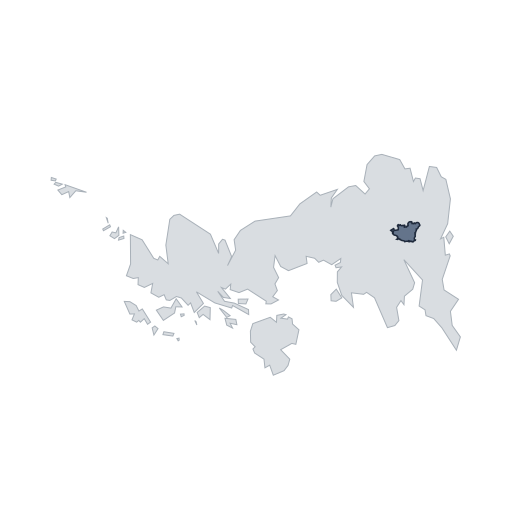 United Kingdom, with Oxfordshire highlighted, rotated 277°
{"feature_id": "GBR-2751", "entity_name": "Oxfordshire", "entity_type": "Administrative County", "adm_level": 1, "iso_a3": "GBR", "parent_name": "United Kingdom", "parent_adm1": "", "projection": "albers", "projection_center": [-1.264, 51.807], "detail": "fine", "context": "in_parent", "style": "filled", "palette": "slate", "viewbox_px": 512, "rotation_deg": 277, "n_neighbors": 0, "source": "natural_earth", "source_scale": "10m", "svg_char_len": 5564}
<svg xmlns="http://www.w3.org/2000/svg" viewBox="0 0 512 512"><g transform="rotate(277 256 256)"><path d="M270.4,403.2L248.8,416.7L242.1,415.6L234.2,408.2L225.7,408.8L229.4,405.3L222.2,401.8L209.3,405.7L203.9,402.3L200.9,395.2L229.0,378.7L233.4,370.2L231.1,367.5L231.1,355.2L216.9,359.0L227.4,345.9L239.7,339.9L250.2,338.7L255.6,342.3L254.1,336.9L256.5,335.6L259.9,340.6L263.9,340.5L256.6,332.2L260.1,323.5L257.4,319.0L260.9,314.5L261.8,305.8L254.8,307.6L245.4,290.0L248.6,281.8L258.7,274.9L246.9,274.8L237.3,281.1L230.6,278.2L224.3,281.4L217.6,277.6L215.1,283.7L210.3,276.8L209.7,271.6L212.4,271.7L222.1,251.7L217.6,243.6L219.5,234.5L225.0,234.4L219.4,229.7L220.5,225.5L210.7,235.7L210.9,228.7L216.3,222.3L207.2,230.3L206.6,240.2L201.9,255.1L197.0,255.9L204.0,238.8L201.4,238.2L204.4,220.9L213.2,201.2L202.5,209.6L192.4,201.6L201.5,196.8L198.8,194.6L205.2,187.1L206.1,182.0L201.4,175.9L201.5,172.3L206.4,169.5L203.2,164.5L206.6,156.2L216.2,156.8L211.2,149.0L213.2,142.4L220.2,141.8L218.7,136.9L220.6,129.8L232.8,132.5L261.9,128.7L258.2,141.0L241.2,154.8L240.1,159.0L243.9,160.5L237.6,169.8L255.8,165.2L281.9,166.0L286.3,169.6L288.2,175.1L272.1,208.1L254.0,218.6L263.4,217.5L268.5,220.7L268.0,223.3L252.4,231.9L243.0,228.9L259.3,235.1L269.5,232.3L279.5,237.4L290.5,250.8L300.0,285.3L313.1,293.2L326.9,308.4L324.1,312.3L332.0,328.6L322.8,323.7L313.6,324.3L322.2,325.4L335.9,339.4L338.1,346.4L330.8,356.7L336.5,360.4L343.1,354.0L360.3,355.1L369.8,361.6L372.2,368.5L369.2,386.9L360.6,393.2L361.9,398.2L349.1,403.2L352.8,404.7L352.7,409.4L341.3,413.9L366.0,417.2L365.9,424.5L357.2,430.2L355.2,435.1L336.4,442.0L311.4,442.3L295.5,437.1L297.5,440.1L279.9,443.8L281.6,447.7L279.8,448.7L255.5,443.7L245.2,446.8L237.7,462.3L224.8,455.7L211.0,459.2L200.6,468.7L186.9,466.4L207.3,449.3L215.6,440.0L217.5,432.0L223.2,430.3L226.2,424.0L252.5,424.2L270.4,403.2ZM188.0,307.6L173.2,306.3L173.6,302.2L166.0,291.9L157.7,302.1L151.2,301.1L145.6,297.8L139.8,287.7L149.3,282.9L146.1,278.5L154.6,276.5L159.5,266.5L163.3,264.3L165.8,266.2L169.8,261.2L180.7,259.6L188.5,261.1L196.9,277.6L192.7,284.4L199.6,283.9L201.8,290.6L201.4,292.9L197.3,288.3L197.2,295.0L199.5,295.6L198.1,299.4L192.9,300.6L188.0,307.6ZM195.3,136.4L192.2,143.1L187.1,146.5L189.6,149.6L177.5,159.4L175.0,156.7L180.2,152.7L176.2,149.3L177.8,147.5L175.8,145.6L177.5,140.7L183.7,142.4L183.0,137.9L194.9,130.8L195.3,136.4ZM194.2,170.4L193.9,177.9L203.8,182.0L196.4,188.8L195.8,182.6L189.5,182.1L180.8,171.9L190.1,163.7L194.2,170.4ZM297.3,51.3L301.4,58.8L303.5,57.8L298.6,80.0L298.8,69.2L291.3,64.1L297.1,62.2L293.2,55.8L297.3,51.3ZM199.2,216.9L187.2,218.1L191.6,210.6L187.9,207.2L192.8,204.5L200.0,211.1L199.2,216.9ZM226.8,335.0L232.9,339.7L224.9,346.3L220.8,341.0L220.7,336.0L226.8,335.0ZM190.4,232.8L190.6,243.7L185.5,245.4L186.1,238.5L181.6,241.5L183.8,235.4L190.4,232.8ZM262.3,110.3L261.9,114.1L268.2,116.1L259.8,117.4L256.0,113.4L258.3,108.5L262.3,110.3ZM212.3,253.3L207.2,251.8L206.7,244.3L211.0,243.6L212.3,253.3ZM304.3,445.3L299.6,449.4L291.7,446.3L298.1,442.0L304.3,445.3ZM193.6,237.6L191.5,234.4L199.9,225.9L198.0,230.3L193.6,237.6ZM172.0,161.7L174.2,164.1L172.0,167.6L165.1,164.3L172.0,161.7ZM169.2,184.0L166.4,183.2L166.6,173.2L169.6,173.8L169.2,184.0ZM303.7,55.0L301.3,51.5L302.7,46.9L304.7,48.3L303.7,55.0ZM269.1,107.0L267.3,108.0L262.5,101.5L264.1,100.6L269.1,107.0ZM259.7,122.3L257.3,122.8L255.0,117.6L257.6,117.9L259.7,122.3ZM309.0,43.3L308.0,48.3L306.1,47.8L306.2,43.4L309.0,43.3ZM275.3,103.8L270.5,105.3L275.8,102.8L275.3,103.8ZM189.8,191.6L188.3,191.9L186.6,189.2L189.1,188.1L189.8,191.6ZM265.3,121.1L263.6,123.9L262.4,121.3L265.3,121.1ZM183.4,204.6L180.3,205.7L184.5,203.1L183.4,204.6ZM165.1,189.6L163.1,190.0L162.3,189.1L164.4,187.5L165.1,189.6Z" fill="#d9dde1" stroke="#a8b0b8" stroke-width="1"/><path d="M289.8,406.1L289.9,405.8L289.8,405.6L289.1,404.8L289.0,403.8L288.7,402.5L288.3,402.0L289.1,401.1L289.2,398.8L289.6,397.7L290.1,397.3L289.9,396.6L290.7,395.8L290.7,395.5L290.6,395.3L289.7,394.7L289.8,393.7L291.0,394.9L291.4,394.4L292.3,394.3L292.4,393.7L293.1,393.5L293.3,393.1L293.6,391.5L293.6,390.6L294.1,390.0L294.3,389.5L295.0,389.5L295.1,389.4L295.1,388.8L295.3,388.7L295.8,388.8L296.5,389.4L297.0,389.3L297.2,388.9L296.6,388.4L297.4,387.7L297.6,387.0L297.9,386.6L300.0,389.2L299.8,389.5L299.1,389.6L298.3,390.0L298.6,390.2L298.5,391.5L298.7,391.9L299.3,393.9L299.5,394.0L300.0,393.9L301.3,393.9L301.8,393.6L302.4,393.5L302.9,392.8L303.1,392.7L304.4,393.2L304.5,393.4L303.9,394.3L303.8,395.0L304.0,395.3L304.6,395.3L304.6,395.5L303.9,396.3L303.8,397.2L303.9,397.5L304.3,397.9L304.3,398.6L304.6,399.3L304.7,399.7L304.1,400.1L303.0,399.5L302.7,399.7L302.7,400.0L303.0,400.5L303.1,401.9L303.9,402.1L304.2,403.0L304.8,403.3L305.4,402.9L306.1,403.1L306.7,402.8L308.0,403.4L308.7,404.4L308.9,405.0L308.7,405.6L309.0,406.3L308.9,406.4L308.0,406.2L307.8,406.3L307.7,407.1L307.3,407.2L307.6,407.6L307.2,408.3L307.5,409.0L307.9,408.9L308.1,409.1L308.0,409.4L307.6,409.8L307.5,410.2L308.7,411.1L308.8,411.9L308.9,412.3L309.0,412.5L308.8,413.1L308.7,413.3L308.2,413.9L307.6,414.2L306.8,414.8L306.2,414.9L305.8,414.6L304.8,413.7L304.4,413.5L303.9,413.5L303.3,413.2L302.8,412.9L302.4,412.4L302.2,411.8L301.3,412.1L300.8,412.0L300.2,411.7L299.3,411.7L298.7,411.1L298.2,410.9L297.9,411.0L297.5,411.5L296.8,411.2L296.2,411.6L295.5,411.4L294.7,411.7L293.8,411.1L292.6,411.0L291.8,411.2L291.6,411.4L291.4,412.3L290.9,412.2L289.8,410.3L289.3,410.3L289.1,410.1L289.1,409.0L289.5,408.6L289.6,407.7L288.9,407.0L288.9,406.2L288.9,405.9L289.8,406.1Z" fill="#64748b" stroke="#1e293b" stroke-width="1.5"/></g></svg>